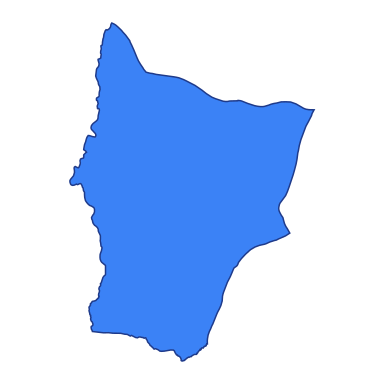 Kuleaen, Preah Vihéar, Cambodia
{"feature_id": "14789045B31291956543174", "entity_name": "Kuleaen", "entity_type": "district", "adm_level": 2, "iso_a3": "KHM", "parent_name": "Cambodia", "parent_adm1": "Preah Vihéar", "projection": "equal_earth", "projection_center": [104.523, 13.796], "detail": "fine", "context": "isolated", "style": "filled", "palette": "blue", "viewbox_px": 384, "rotation_deg": 0, "n_neighbors": 0, "source": "geoboundaries", "source_scale": "gbopen_adm2", "svg_char_len": 5837}
<svg xmlns="http://www.w3.org/2000/svg" viewBox="0 0 384 384"><path d="M111.8,23.0L111.0,24.3L110.5,26.9L109.4,28.6L107.6,29.9L106.6,29.9L106.1,29.7L105.6,30.3L105.2,30.8L104.8,32.0L104.0,34.1L103.9,34.5L103.6,37.0L103.5,37.4L103.4,38.0L103.0,38.8L103.0,39.3L102.8,39.8L102.8,40.7L102.6,41.1L102.6,41.5L102.4,42.2L102.5,42.9L102.3,44.6L102.2,44.9L101.8,45.3L101.1,45.6L100.9,46.0L101.3,48.9L100.7,51.1L100.6,52.4L100.6,53.2L101.1,54.0L101.2,54.7L101.0,55.5L100.7,58.1L99.1,59.0L98.3,59.1L98.1,59.5L98.0,59.8L99.1,63.8L98.9,65.2L98.5,66.5L97.0,68.3L96.5,69.4L95.7,76.0L96.4,78.2L98.1,81.8L98.2,82.1L98.3,83.2L98.6,84.6L99.8,86.7L100.0,89.2L100.0,89.8L99.7,90.4L99.5,91.5L99.3,91.9L99.1,94.6L99.2,95.5L99.0,96.3L98.6,96.8L96.8,97.9L96.5,98.3L96.4,99.6L96.5,100.2L96.8,100.5L97.1,100.5L97.5,100.8L97.7,101.6L97.9,102.8L98.2,103.4L97.3,105.8L97.2,106.2L97.4,107.3L97.4,108.1L97.6,108.6L98.2,108.5L98.9,108.7L99.3,109.6L99.4,110.4L98.2,115.5L98.0,118.2L97.5,119.7L96.4,120.9L93.1,123.5L92.0,124.8L91.3,126.0L91.0,127.9L91.1,128.3L91.5,129.4L95.2,133.4L95.7,134.3L95.9,135.4L95.7,136.1L95.4,136.7L94.9,137.0L92.5,136.6L89.4,135.6L88.2,135.5L87.0,137.2L86.3,139.1L85.6,141.9L84.5,144.7L83.7,149.3L83.7,149.7L85.6,151.0L86.5,152.2L85.8,152.7L83.8,154.7L83.8,155.4L83.6,155.9L83.8,156.9L83.5,158.0L81.2,158.7L80.5,159.1L80.0,160.8L80.3,162.6L80.2,164.0L79.3,166.4L78.8,167.4L78.5,167.7L78.1,167.8L77.5,167.6L75.2,166.5L74.4,167.1L74.2,167.5L74.1,168.5L74.4,170.2L74.5,172.4L73.8,174.9L73.5,175.8L73.1,176.3L70.6,179.3L70.0,180.4L69.9,181.0L70.0,182.3L70.6,184.1L71.3,184.9L72.3,185.3L73.1,185.3L74.3,185.1L76.5,184.1L77.3,184.6L77.8,184.6L79.3,183.8L80.1,183.6L80.6,183.6L81.0,183.9L82.1,185.7L82.3,186.9L83.0,187.9L83.2,188.6L83.5,190.7L84.3,191.9L84.5,192.5L84.5,194.4L84.7,197.4L85.5,200.7L86.8,202.6L88.2,204.2L89.6,205.4L91.5,206.1L93.2,207.2L93.7,207.5L94.2,208.3L94.5,209.4L94.5,211.9L93.7,214.1L92.9,215.0L91.9,216.8L91.5,217.7L91.9,219.5L92.4,220.2L92.7,222.0L93.2,223.4L94.6,225.3L95.6,225.9L97.1,227.3L97.5,227.8L98.2,229.2L98.3,230.9L98.5,231.6L100.3,235.4L100.4,236.1L100.4,239.1L100.2,240.7L100.7,243.2L101.0,246.1L101.7,246.9L101.9,247.3L102.0,248.0L101.4,250.9L100.5,253.2L100.1,254.7L100.0,257.2L100.2,259.2L100.8,260.9L101.8,262.4L105.2,265.2L105.5,265.7L105.5,274.3L105.4,274.7L105.0,275.2L103.8,276.2L102.9,277.6L101.6,281.6L101.4,282.4L101.1,283.0L100.5,283.5L100.4,283.9L100.7,284.8L100.5,285.8L100.0,286.4L99.6,286.6L99.5,287.0L99.2,287.5L99.0,288.3L98.9,289.0L99.1,289.6L99.5,290.6L99.3,292.1L98.7,293.7L98.6,294.4L98.5,295.2L98.8,295.8L99.0,296.0L98.7,296.8L98.9,296.9L98.6,297.5L98.6,297.9L97.7,298.5L97.5,299.0L96.7,299.4L96.1,300.2L95.8,300.5L94.0,301.1L92.9,301.2L92.2,301.5L91.4,302.8L90.4,303.8L90.5,305.0L90.2,305.1L89.9,306.1L89.0,307.1L89.3,309.7L89.0,310.7L89.7,313.3L89.9,314.6L90.1,315.0L90.5,315.1L90.7,315.7L90.5,316.6L90.9,317.2L90.9,317.8L90.6,318.5L90.7,319.7L91.4,321.3L92.1,321.8L92.9,323.9L92.9,324.9L92.6,325.5L91.6,326.3L91.3,326.4L91.2,326.6L91.1,327.5L91.4,329.2L92.2,330.6L92.4,331.5L103.5,332.8L108.6,332.7L112.9,333.2L120.7,333.3L124.7,334.2L127.3,334.4L130.2,336.0L130.5,336.0L131.3,335.4L131.5,335.4L135.6,337.5L137.5,337.8L139.0,337.0L140.2,337.0L142.2,337.5L143.1,337.5L143.9,338.1L144.3,338.2L145.2,337.8L145.5,337.8L146.0,338.1L146.3,339.3L147.2,340.3L147.6,341.9L149.6,344.2L150.1,345.4L151.2,346.1L151.6,346.7L152.5,347.3L153.9,349.0L154.2,349.1L155.4,348.7L155.9,348.8L158.2,349.8L159.9,351.1L161.5,351.3L164.4,351.1L170.8,350.0L173.4,350.1L174.2,350.7L175.2,352.8L176.4,354.7L176.9,355.1L177.5,355.0L177.7,355.3L177.6,355.6L177.9,355.9L179.4,356.4L180.0,357.0L180.2,357.4L180.5,357.7L181.0,358.9L181.2,359.5L181.1,360.4L181.4,360.8L181.7,360.9L182.5,360.8L182.8,361.0L183.5,360.6L184.3,360.5L184.5,360.0L184.9,359.8L185.3,359.8L185.9,359.0L187.0,358.3L187.3,357.7L188.1,357.5L188.4,357.3L188.8,357.1L189.1,357.3L190.6,356.6L191.0,356.5L191.3,356.6L192.1,355.7L194.0,354.6L194.8,354.4L196.4,354.4L196.7,354.1L196.8,353.2L197.1,353.1L197.3,353.3L197.7,352.8L198.3,351.6L198.6,351.2L199.5,350.5L199.9,349.6L200.6,350.0L201.0,349.5L200.7,349.1L201.1,348.6L201.3,348.9L201.5,348.7L201.8,348.1L202.0,347.9L202.3,347.8L203.2,348.0L203.4,347.5L204.1,346.9L204.1,346.5L205.0,346.1L205.4,346.2L206.2,345.7L206.3,345.4L206.1,345.1L206.5,344.5L206.7,343.8L207.4,343.9L207.3,340.8L207.5,338.6L208.1,335.1L209.4,331.4L210.5,329.2L211.9,325.7L212.8,324.0L216.8,314.0L217.7,312.0L219.3,309.0L220.9,305.5L222.2,300.9L222.5,296.2L223.0,294.0L223.6,292.1L227.4,282.2L230.3,276.6L231.8,273.1L233.7,268.5L234.2,267.8L236.2,266.4L237.0,265.7L237.7,264.6L238.5,262.4L241.4,258.6L245.4,254.3L249.0,251.0L250.6,249.6L255.0,247.0L259.6,245.3L264.6,244.2L266.1,243.7L269.8,242.0L274.5,240.5L276.3,240.1L278.6,238.9L285.5,235.9L289.8,233.1L287.3,228.7L285.8,226.4L284.5,223.6L283.7,220.8L282.9,217.6L281.2,215.1L279.6,212.1L279.0,210.5L278.7,208.8L278.8,207.2L279.4,204.5L280.1,203.0L285.6,195.6L287.4,191.6L289.0,187.2L293.1,174.9L294.4,170.4L296.1,163.9L297.0,159.2L297.8,153.0L298.4,150.6L299.3,145.5L300.9,139.7L305.5,127.3L306.1,125.9L308.5,121.5L311.5,115.6L312.1,113.5L314.1,109.8L309.0,109.7L305.9,109.2L303.6,108.3L301.2,106.9L296.0,103.9L290.6,102.0L285.7,101.8L281.1,101.9L276.9,103.0L273.8,103.5L271.1,104.2L268.8,105.1L264.4,106.4L262.9,106.6L260.4,106.6L257.7,106.3L254.7,105.7L247.6,103.4L241.9,101.1L240.5,100.7L238.0,100.4L237.8,100.8L229.9,101.0L227.3,101.5L225.5,101.5L223.1,101.2L215.5,98.7L211.9,97.2L206.3,93.6L202.0,90.2L195.0,85.4L186.1,80.8L183.6,79.6L178.9,77.8L176.1,77.2L173.7,76.8L156.2,74.4L152.4,73.5L149.9,73.2L146.1,72.2L143.7,69.3L143.2,68.3L140.3,64.0L138.4,60.8L137.0,57.7L133.8,49.9L131.6,45.0L130.4,42.6L129.9,41.4L129.7,40.6L129.3,40.1L125.7,35.2L122.6,31.8L121.7,30.6L118.2,27.2L115.8,25.1L114.2,24.1L111.8,23.0Z" fill="#3b82f6" stroke="#1e3a8a" stroke-width="1.5"/></svg>